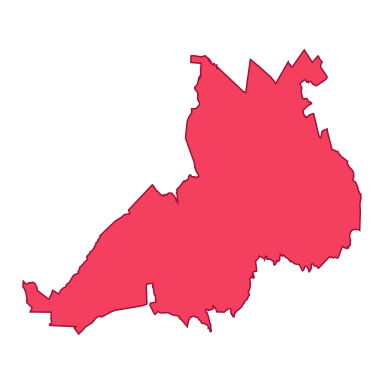 the district of Tulancingo de Bravo, Hidalgo, Mexico
{"feature_id": "50627088B20237982609440", "entity_name": "Tulancingo de Bravo", "entity_type": "district", "adm_level": 2, "iso_a3": "MEX", "parent_name": "Mexico", "parent_adm1": "Hidalgo", "projection": "equal_earth", "projection_center": [-98.365, 20.132], "detail": "fine", "context": "isolated", "style": "filled", "palette": "rose", "viewbox_px": 384, "rotation_deg": 0, "n_neighbors": 0, "source": "geoboundaries", "source_scale": "gbopen_adm2", "svg_char_len": 5968}
<svg xmlns="http://www.w3.org/2000/svg" viewBox="0 0 384 384"><path d="M205.1,55.7L201.6,56.9L193.7,55.7L191.0,55.9L190.9,62.5L201.2,63.3L200.6,70.0L200.9,76.2L200.4,76.6L200.0,76.2L199.9,77.0L199.3,77.1L198.7,77.7L199.0,78.1L199.5,77.6L199.9,78.2L199.7,78.7L199.1,79.0L198.7,78.9L197.4,84.1L197.0,84.9L195.0,87.0L194.5,88.0L194.7,88.7L197.0,91.5L197.8,93.5L197.6,98.6L198.5,101.1L199.6,103.0L199.6,103.5L199.2,105.0L196.6,108.0L195.1,108.8L191.8,108.7L191.4,109.1L191.8,112.6L189.2,116.4L187.3,121.0L185.5,138.1L194.3,162.5L194.8,167.1L196.7,172.2L198.1,173.9L198.6,177.1L197.1,176.9L194.9,177.6L194.4,176.7L191.9,176.8L190.5,175.0L189.9,174.9L188.8,176.2L188.5,176.9L188.6,178.4L188.0,179.1L187.0,179.7L186.3,180.7L185.7,180.9L185.1,181.7L184.6,181.6L184.4,180.9L184.0,181.0L182.0,183.3L181.6,184.4L181.2,184.5L180.2,185.8L179.7,187.0L179.0,187.1L177.1,189.1L177.1,189.9L176.6,190.1L177.3,191.5L176.4,193.0L176.9,193.7L177.2,195.0L177.7,202.6L175.8,200.0L176.1,199.3L175.7,198.3L173.9,195.6L171.8,193.2L168.4,193.1L167.3,194.2L167.1,194.8L166.5,194.5L165.7,195.1L164.8,194.5L164.3,194.6L163.4,196.1L162.0,195.0L161.4,195.4L157.8,191.6L157.0,190.9L156.5,191.0L154.1,186.8L152.3,184.8L128.5,210.1L129.9,213.6L124.3,214.6L121.6,217.2L115.2,221.1L99.9,235.8L100.1,236.3L100.4,236.2L100.4,236.9L98.5,239.0L97.7,240.6L97.8,241.4L96.1,242.7L95.6,244.9L94.1,247.4L93.8,248.5L93.0,249.3L91.9,251.2L90.8,251.3L90.1,252.0L88.9,254.5L87.3,255.6L87.1,256.3L86.6,257.0L86.8,257.4L87.6,257.7L86.7,260.4L84.3,262.3L83.6,263.5L81.0,266.3L79.9,267.0L79.2,269.7L78.1,271.8L78.6,272.9L78.4,273.2L74.7,274.5L73.3,275.6L69.3,282.4L66.4,284.6L66.0,286.3L65.1,287.2L63.2,288.1L60.7,290.3L58.8,294.0L52.7,290.3L51.0,295.1L48.7,299.3L36.9,290.1L37.2,288.4L34.9,283.3L32.6,282.2L30.6,283.0L29.7,282.5L27.0,283.9L25.6,283.8L23.4,281.2L23.0,283.6L23.0,287.3L24.4,288.7L26.0,293.1L26.6,296.6L26.8,299.6L26.8,302.5L32.1,307.7L30.2,311.9L51.3,312.2L51.0,318.7L51.6,323.2L49.6,324.1L49.6,325.4L75.8,326.6L74.2,327.9L78.7,334.1L83.6,329.2L85.3,327.0L92.4,322.5L92.9,321.4L93.3,321.3L94.4,320.2L94.8,319.2L95.7,318.2L98.3,316.6L100.2,316.2L101.7,317.0L111.6,311.6L115.1,310.3L140.5,306.1L143.7,305.3L146.9,304.0L146.3,285.7L147.0,284.0L152.9,283.3L152.8,286.7L153.1,286.5L154.3,294.8L155.2,294.8L155.9,302.0L150.4,303.2L150.0,305.4L154.1,313.4L155.2,314.4L157.7,311.4L159.8,312.7L160.4,312.8L163.8,313.0L167.8,312.6L172.5,314.9L178.8,316.1L179.2,316.8L179.0,317.5L179.7,317.9L179.9,318.7L181.8,320.1L187.3,326.7L188.6,320.2L189.0,320.0L190.4,317.0L191.4,317.2L192.1,316.6L193.4,316.3L194.6,316.6L195.8,317.2L197.4,317.3L198.0,317.9L199.1,319.9L199.7,320.1L201.0,321.2L201.2,322.6L201.6,323.0L202.9,323.5L204.3,323.4L206.0,324.6L207.2,324.7L208.1,326.2L208.3,327.1L208.2,328.4L209.4,328.2L210.2,331.6L211.2,331.3L211.2,329.8L210.6,328.5L210.8,325.5L210.4,323.6L210.2,323.2L209.7,323.1L208.3,316.0L207.4,314.1L207.2,314.2L206.9,312.3L206.0,312.1L205.5,309.5L208.0,309.5L208.1,310.4L211.2,309.8L212.0,309.1L213.4,308.8L213.6,307.1L212.6,306.4L212.9,305.7L215.2,307.6L216.9,311.9L224.3,312.1L227.5,309.3L228.7,308.8L230.3,308.8L230.8,309.3L230.9,312.9L232.6,316.0L233.3,316.7L234.0,316.8L234.5,315.4L234.0,314.6L236.3,311.5L238.1,309.6L239.0,309.4L241.6,306.9L242.6,304.8L244.4,302.8L244.9,301.0L246.7,299.9L247.3,299.0L248.6,295.8L249.3,295.2L249.1,293.5L248.0,293.0L249.4,289.8L249.9,288.1L250.4,283.8L249.6,278.4L250.9,278.1L251.4,276.4L253.4,278.1L253.4,278.7L254.0,277.5L254.2,276.6L252.7,274.6L253.4,274.3L252.6,272.9L253.3,271.8L256.7,271.0L255.6,261.3L259.1,257.3L259.1,256.0L262.2,257.5L264.6,259.2L264.7,259.5L265.4,256.3L266.9,256.6L266.6,257.5L267.0,259.3L269.5,259.1L270.8,259.5L272.1,260.6L273.0,260.9L273.7,262.4L273.9,264.3L274.5,265.0L274.9,264.9L275.7,263.8L276.9,260.8L277.4,260.6L278.0,261.5L279.4,260.2L279.8,259.2L279.7,257.2L280.2,255.8L280.3,254.3L282.4,256.2L283.2,255.0L285.9,257.4L288.1,258.7L290.4,261.6L290.7,261.3L291.0,261.6L291.3,261.3L291.9,261.5L294.5,263.7L297.0,264.3L298.6,264.2L299.6,265.2L302.2,270.3L302.7,270.8L303.9,269.7L304.1,268.1L305.0,266.6L306.0,266.5L307.1,267.1L308.3,269.1L309.1,271.7L310.0,270.8L311.1,268.6L311.5,264.2L311.7,263.8L312.2,263.6L313.3,264.2L314.5,266.1L316.1,265.8L316.6,266.0L317.7,267.9L318.8,268.0L328.9,257.4L329.1,256.4L330.2,256.9L330.9,257.6L331.5,257.1L333.4,257.9L334.5,257.3L337.8,258.1L338.4,257.1L342.4,246.5L346.5,248.6L347.1,247.6L348.3,248.2L348.5,248.0L348.3,247.1L348.8,246.6L348.3,246.5L349.4,245.8L350.4,244.8L350.0,243.8L350.6,240.5L349.7,237.5L349.6,235.7L350.4,232.5L352.2,230.2L353.4,229.6L358.5,229.5L359.7,230.4L360.3,209.8L360.1,209.0L359.9,203.8L361.0,197.5L360.8,194.2L359.7,193.4L359.2,191.8L358.5,191.5L358.4,189.8L358.0,189.0L357.8,187.5L355.6,182.2L353.2,180.5L352.7,179.3L353.6,177.8L353.8,175.8L353.4,172.1L352.0,169.8L349.6,167.5L348.4,165.6L347.3,162.9L347.7,161.9L347.4,161.2L342.3,157.2L340.9,156.5L340.7,155.5L338.6,153.4L338.5,152.6L337.8,151.4L335.3,151.2L334.8,150.3L333.6,149.9L332.2,150.1L327.5,131.8L327.1,128.9L322.5,131.0L321.9,132.1L320.9,137.8L319.7,137.4L318.4,134.1L313.6,113.5L309.5,114.9L306.4,117.7L305.7,116.3L305.0,116.8L303.2,112.9L303.1,110.5L306.3,107.1L310.2,104.2L310.4,104.4L311.6,103.5L311.3,102.8L309.7,101.6L308.4,101.7L307.3,98.9L305.9,98.3L304.3,99.0L302.6,98.3L301.4,92.7L301.2,90.8L301.9,87.9L301.6,87.5L300.0,83.5L305.0,79.5L306.6,82.1L307.7,81.3L308.5,82.6L310.2,81.3L311.3,82.1L313.0,84.3L316.2,85.8L324.7,80.3L326.0,79.1L327.1,77.4L327.0,76.6L325.2,73.7L320.7,67.3L320.6,66.1L321.3,63.1L322.2,62.1L319.4,58.6L319.2,57.8L318.3,56.1L317.8,56.1L312.3,62.4L304.3,49.9L293.4,65.4L291.6,67.3L291.1,66.6L290.5,66.2L290.3,64.6L288.7,63.5L288.2,61.8L275.8,83.5L271.0,77.2L260.3,67.7L250.4,59.4L245.7,92.7L243.0,91.3L218.1,67.8L218.0,68.1L216.8,68.4L216.8,65.0L214.8,65.5L214.1,63.5L213.4,64.2L211.8,64.1L211.7,63.0L211.1,63.0L210.8,61.3L209.3,61.5L209.4,60.8L210.2,60.8L209.4,59.2L208.7,59.4L208.8,59.0L205.1,55.7Z" fill="#f43f5e" stroke="#9f1239" stroke-width="1.5"/></svg>